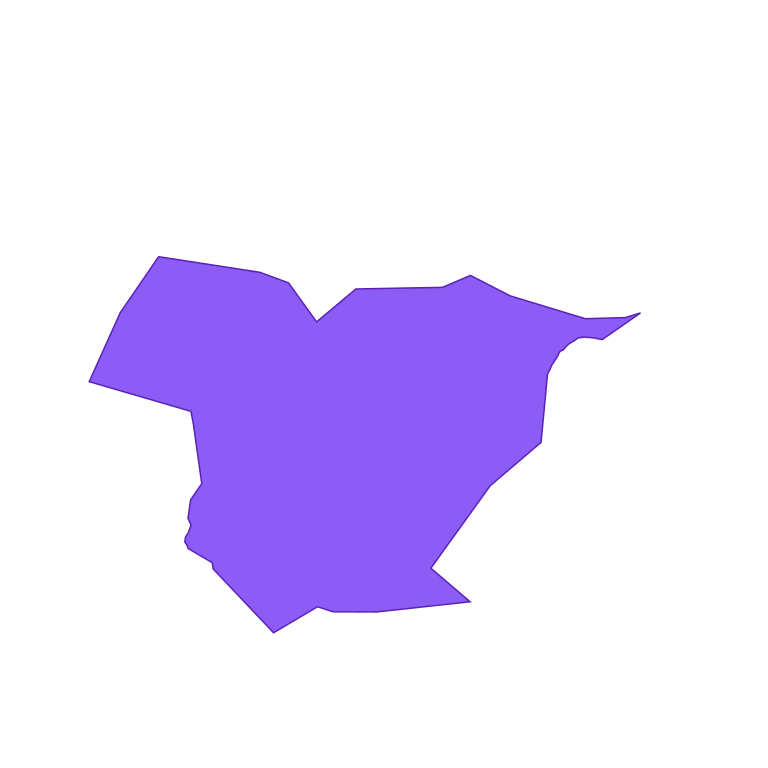 the district of Darvi, Govi-Altay, Mongolia, rotated 147°
{"feature_id": "93677404B27205660652351", "entity_name": "Darvi", "entity_type": "district", "adm_level": 2, "iso_a3": "MNG", "parent_name": "Mongolia", "parent_adm1": "Govi-Altay", "projection": "orthographic", "projection_center": [94.024, 46.494], "detail": "fine", "context": "isolated", "style": "filled", "palette": "violet", "viewbox_px": 768, "rotation_deg": 147, "n_neighbors": 0, "source": "geoboundaries", "source_scale": "gbopen_adm2", "svg_char_len": 1311}
<svg xmlns="http://www.w3.org/2000/svg" viewBox="0 0 768 768"><g transform="rotate(147 384 384)"><path d="M430.4,154.5L445.0,204.0L350.2,240.9L284.1,249.5L241.4,303.3L240.5,303.9L239.2,304.6L238.0,305.1L237.0,305.7L233.8,307.9L232.6,308.7L231.4,309.2L230.2,309.5L229.7,309.9L228.9,310.2L222.7,313.0L220.8,314.4L218.8,315.4L217.7,315.3L216.6,315.3L216.1,315.2L215.6,315.0L214.0,315.2L211.3,316.2L209.6,316.5L207.7,316.8L206.2,317.0L203.2,316.7L201.1,316.7L197.9,316.8L197.3,317.0L196.4,316.9L195.0,316.4L193.7,315.7L193.3,315.6L192.4,315.4L192.2,315.1L192.0,315.3L191.6,314.9L190.8,314.4L190.2,314.2L189.9,313.7L189.2,313.3L188.7,312.6L188.1,312.2L187.6,311.9L185.9,310.9L185.0,310.1L184.1,309.2L183.6,308.8L182.5,308.0L181.1,306.9L180.6,305.9L180.2,305.6L178.7,304.3L178.2,303.9L176.7,302.4L130.3,303.9L130.1,303.9L145.3,308.2L179.4,329.0L190.3,341.8L230.1,389.1L252.4,428.0L282.3,433.2L355.8,479.0L373.3,476.9L406.7,472.8L409.0,520.8L427.2,545.2L503.7,613.5L566.5,587.4L630.0,546.5L560.8,466.2L565.7,454.2L591.1,399.7L609.4,392.1L619.5,380.4L621.4,378.4L622.2,374.1L622.4,371.6L623.4,370.1L629.7,365.5L632.3,364.6L634.5,363.1L637.1,359.9L637.1,355.9L637.9,352.7L625.4,327.7L628.0,321.9L612.1,235.5L561.1,233.4L550.8,220.7L514.6,197.0L430.4,154.5Z" fill="#8b5cf6" stroke="#5b21b6" stroke-width="1.5"/></g></svg>